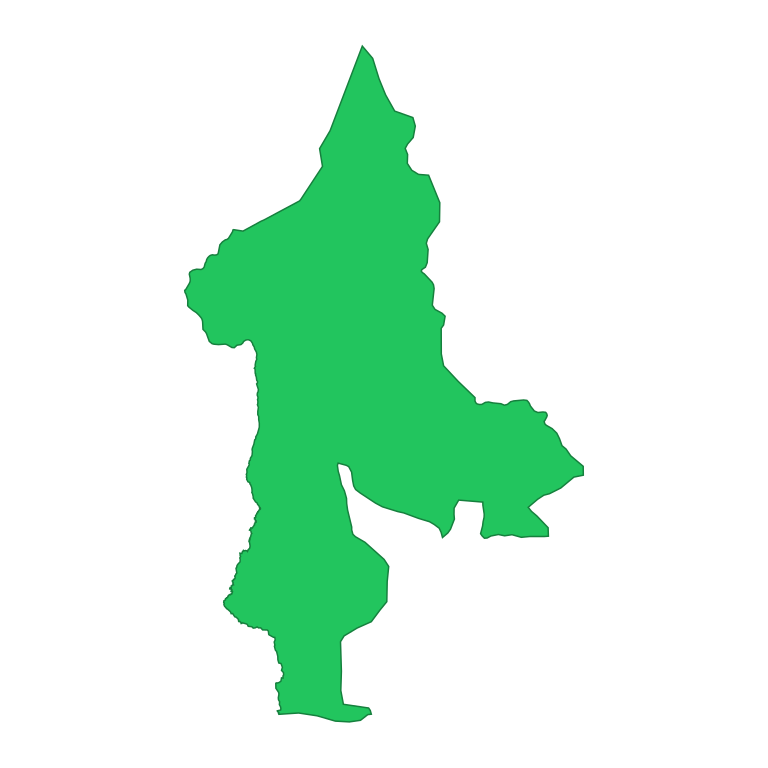 Baboua, Nana-Mambéré, Central African Republic
{"feature_id": "33826404B17315710707848", "entity_name": "Baboua", "entity_type": "district", "adm_level": 2, "iso_a3": "CAF", "parent_name": "Central African Republic", "parent_adm1": "Nana-Mambéré", "projection": "natural_earth1", "projection_center": [14.687, 5.816], "detail": "fine", "context": "isolated", "style": "filled", "palette": "green", "viewbox_px": 768, "rotation_deg": 0, "n_neighbors": 0, "source": "geoboundaries", "source_scale": "gbopen_adm2", "svg_char_len": 6128}
<svg xmlns="http://www.w3.org/2000/svg" viewBox="0 0 768 768"><path d="M371.3,714.2L370.3,710.5L368.6,708.0L343.4,704.3L340.8,690.5L341.4,671.3L340.5,641.7L344.1,635.9L357.2,628.0L371.3,621.7L380.1,609.9L386.8,601.7L387.2,581.5L388.7,566.5L384.1,559.4L365.0,542.3L355.4,536.7L352.9,534.3L351.7,529.9L351.7,527.0L347.6,510.1L346.7,503.6L346.5,498.3L344.4,490.8L341.4,484.7L339.5,475.7L338.2,471.3L337.4,465.4L338.1,463.1L346.3,465.3L348.7,466.6L351.6,472.1L352.6,480.2L353.7,485.9L355.6,489.5L360.2,493.0L375.5,503.1L382.4,506.8L397.8,511.6L403.7,512.9L418.6,518.4L429.5,521.7L434.1,524.4L439.2,528.2L441.1,532.3L442.5,537.5L447.8,533.0L450.5,529.2L454.4,519.1L454.0,514.3L454.1,508.1L458.7,500.1L482.8,502.1L482.9,505.3L484.2,514.1L484.1,517.2L483.1,521.7L482.6,525.9L480.6,533.7L482.2,536.0L484.4,538.2L487.2,538.0L490.9,536.0L498.4,534.5L504.6,535.8L512.0,534.7L521.3,537.3L529.8,536.5L544.5,536.5L548.4,536.2L548.1,527.7L536.8,515.9L531.5,511.4L528.2,507.3L537.6,499.3L543.8,495.2L549.5,493.7L560.8,488.0L573.9,477.1L583.3,475.2L583.2,466.3L570.7,455.8L566.0,449.0L562.0,445.7L559.5,438.7L556.8,433.2L552.1,428.6L546.3,425.3L544.8,423.8L544.1,421.3L544.8,420.6L546.8,416.8L547.2,415.3L546.6,413.5L545.6,412.3L542.9,412.0L537.9,412.5L534.3,411.0L530.4,406.0L529.4,403.5L528.3,401.9L526.9,400.4L523.6,400.0L513.7,400.9L510.7,401.7L507.4,404.4L504.4,405.2L500.9,403.7L492.8,402.9L488.6,402.0L485.3,402.4L481.9,404.4L479.5,404.5L477.2,404.0L475.9,402.9L475.0,401.0L475.0,397.6L458.2,381.4L443.6,365.8L441.3,353.9L441.2,328.3L443.6,325.0L445.1,316.2L442.0,313.2L435.0,309.4L432.3,305.2L434.1,288.6L433.5,284.8L432.1,282.2L424.3,273.9L422.3,272.5L421.3,271.2L421.8,269.6L425.4,267.2L427.2,262.7L428.1,249.5L426.3,243.3L427.6,238.9L439.5,221.8L439.8,202.7L428.6,175.2L418.5,174.4L411.8,170.3L407.3,163.4L407.6,154.5L405.2,148.4L407.6,144.0L413.2,137.5L415.3,126.1L412.9,117.6L394.7,111.1L385.6,94.9L379.0,78.7L372.7,58.4L362.3,46.1L330.1,130.7L319.6,148.6L322.5,166.4L301.0,199.1L299.6,200.9L263.5,220.2L261.1,221.2L243.0,231.1L233.2,229.6L233.2,229.3L232.5,231.8L228.5,238.3L227.1,239.4L225.2,239.9L222.3,242.0L219.9,244.8L218.1,253.8L216.6,254.9L214.5,255.1L212.3,254.8L210.3,255.4L209.0,256.4L207.7,257.8L206.7,259.5L206.2,261.6L205.2,263.2L204.1,267.3L202.8,268.7L201.1,269.5L196.6,269.2L192.8,270.2L189.8,272.3L189.3,274.1L190.2,278.4L190.2,281.2L189.4,283.3L186.6,288.1L185.6,289.7L184.7,290.3L185.0,292.4L186.0,294.1L187.8,300.1L187.7,305.7L188.9,307.1L193.1,310.5L196.2,312.5L198.8,315.0L201.2,317.8L202.1,319.5L202.6,321.7L203.0,329.4L205.5,331.9L206.5,333.6L209.3,341.4L212.1,343.7L214.0,344.2L218.5,344.6L225.3,344.1L227.1,344.7L231.9,347.5L234.3,347.7L237.0,345.2L240.9,344.6L242.7,343.1L243.6,341.5L245.5,340.2L247.0,339.8L248.6,339.8L250.8,340.8L252.4,343.1L252.9,344.9L254.2,346.9L254.6,348.8L256.4,352.1L256.9,354.6L256.4,357.8L256.8,359.2L255.8,361.4L255.2,364.7L255.2,365.8L255.5,366.3L254.3,368.3L255.1,369.1L255.2,373.3L255.7,373.9L255.5,374.9L256.3,377.0L256.7,380.2L257.5,381.3L257.4,383.2L256.6,383.9L258.4,389.5L258.1,391.7L257.4,393.0L257.2,395.1L257.9,397.0L258.0,397.9L257.9,398.7L257.5,399.6L257.9,401.2L257.8,403.7L257.4,404.7L258.4,407.3L257.8,411.4L257.8,414.7L258.7,416.5L258.7,419.6L259.3,423.0L259.3,427.2L257.4,434.0L255.7,437.0L255.9,437.7L255.5,439.1L254.7,439.9L253.9,444.1L252.3,448.3L252.1,449.7L252.4,451.6L252.1,455.0L251.8,456.0L250.4,458.2L250.2,460.3L249.4,460.8L249.2,461.5L249.3,462.0L248.8,463.3L249.3,464.1L249.0,465.3L246.8,469.3L247.0,472.5L246.3,474.5L246.7,475.0L246.4,477.3L246.9,477.9L246.7,479.3L248.0,481.8L249.7,482.5L250.0,484.0L250.7,484.9L251.6,487.3L251.9,488.7L252.1,491.5L251.8,492.3L252.6,494.0L253.3,497.2L253.1,498.0L255.5,501.8L257.3,503.2L257.5,504.2L259.2,506.3L259.6,508.1L260.2,507.8L260.5,508.8L260.2,509.4L259.4,509.6L258.3,511.4L257.8,511.6L257.8,512.6L256.8,513.2L256.7,514.2L255.6,515.6L255.8,517.1L254.5,517.8L254.5,519.0L255.3,519.1L255.4,520.7L256.1,520.8L256.2,522.1L255.2,522.3L254.8,523.8L254.3,524.2L254.5,525.0L253.2,526.5L252.4,528.0L250.9,527.8L250.6,528.4L250.8,529.2L249.9,529.3L249.5,530.1L250.4,530.5L251.1,531.4L251.2,532.6L251.8,533.4L251.3,534.0L250.6,536.8L249.7,538.3L250.1,538.7L250.0,539.3L249.4,539.6L249.7,540.8L248.9,541.1L249.6,542.8L250.1,546.0L249.7,548.2L248.1,549.8L247.5,551.4L247.1,550.9L245.4,550.5L244.0,550.9L243.4,550.4L243.0,551.3L242.5,551.5L241.8,553.5L239.9,553.2L240.2,554.9L240.1,555.4L240.6,556.4L239.8,558.0L240.2,559.1L240.1,561.8L237.8,564.3L237.0,565.6L236.6,567.7L236.0,568.2L236.8,573.1L235.9,574.0L235.4,575.4L234.9,575.8L234.8,576.6L235.2,576.9L234.9,578.7L234.2,578.9L234.0,579.6L233.4,579.6L233.1,580.6L232.3,580.8L232.4,581.7L233.3,582.9L232.9,583.6L233.5,584.8L232.4,585.0L232.3,585.6L231.3,585.9L231.3,587.7L230.1,587.6L229.7,588.6L229.7,588.9L231.0,588.9L231.1,589.5L231.4,589.7L231.5,589.2L231.9,589.7L231.0,591.3L231.2,591.6L232.2,591.6L232.1,591.0L232.5,591.4L232.5,591.9L232.0,593.3L231.7,593.5L231.8,593.9L230.5,594.7L230.3,594.3L228.7,595.2L228.3,596.1L228.0,596.1L227.5,597.6L226.6,597.7L226.4,598.2L225.5,598.7L225.4,599.9L223.9,600.8L223.7,602.7L224.3,603.2L223.9,604.5L224.5,606.1L226.9,608.9L227.4,609.0L230.4,611.7L231.2,613.7L232.6,613.5L234.8,616.8L236.2,617.2L238.4,619.4L238.6,621.2L239.1,621.7L239.8,621.4L240.3,621.8L241.0,622.7L241.1,623.5L241.9,623.4L242.3,622.8L246.7,624.0L247.4,624.6L248.2,626.3L251.8,626.7L253.2,628.1L255.1,627.9L257.1,626.9L258.6,627.9L260.7,627.8L262.6,629.9L267.1,630.0L267.9,630.5L268.4,631.4L268.7,634.2L269.0,634.8L273.5,637.3L274.8,637.4L275.2,639.9L274.2,642.0L274.9,645.3L274.4,646.2L275.4,650.1L276.6,651.5L277.8,656.4L277.9,659.8L278.8,663.0L281.0,663.5L282.4,667.3L281.5,670.4L283.5,672.6L283.6,675.0L283.0,675.9L283.0,678.1L281.5,677.9L281.0,681.0L279.3,682.4L277.3,683.0L276.3,682.9L275.8,683.3L275.9,688.3L278.4,692.0L278.8,693.1L278.9,694.2L278.3,697.8L278.4,698.7L278.5,699.8L279.6,701.7L279.4,704.7L280.5,706.7L280.9,708.8L280.6,710.1L277.3,710.8L277.4,711.3L278.8,712.8L278.5,713.2L278.9,714.3L298.6,713.0L317.1,715.8L335.3,721.1L349.3,721.9L360.5,720.3L367.8,714.6L371.3,714.2Z" fill="#22c55e" stroke="#15803d" stroke-width="1.5"/></svg>